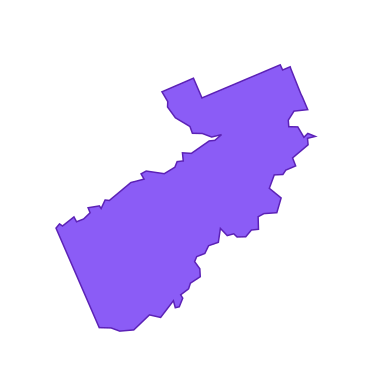 Sutter, California, United States of America (Natural Earth projection), rotated 247°
{"feature_id": "52423323B19973672472498", "entity_name": "Sutter", "entity_type": "district", "adm_level": 2, "iso_a3": "USA", "parent_name": "United States of America", "parent_adm1": "California", "projection": "natural_earth1", "projection_center": [-121.688, 39.02], "detail": "fine", "context": "isolated", "style": "filled", "palette": "violet", "viewbox_px": 384, "rotation_deg": 247, "n_neighbors": 0, "source": "geoboundaries", "source_scale": "gbopen_adm2", "svg_char_len": 1218}
<svg xmlns="http://www.w3.org/2000/svg" viewBox="0 0 384 384"><g transform="rotate(247 192 192)"><path d="M296.0,203.5L284.7,205.0L279.8,202.7L266.8,205.7L253.1,215.7L245.9,215.3L241.8,224.4L234.9,231.6L233.3,241.6L230.6,233.2L232.3,227.8L227.8,206.5L231.8,198.5L224.0,196.1L225.8,190.2L221.5,185.9L219.7,173.6L229.2,158.0L228.6,152.2L222.6,152.9L224.6,139.4L216.5,112.6L218.6,108.9L212.3,101.9L215.4,101.3L218.1,90.2L212.7,90.1L209.5,81.7L209.7,74.1L215.2,73.6L211.3,59.5L214.4,57.6L211.9,52.7L103.4,53.6L98.5,64.4L92.2,71.1L87.8,84.5L95.5,104.8L88.8,114.1L99.2,132.4L92.0,131.4L91.3,135.4L97.9,142.0L101.8,141.4L104.2,151.0L108.7,154.9L110.8,166.5L118.3,169.2L126.9,167.2L130.7,171.1L130.4,179.8L136.1,186.3L135.4,196.6L147.4,203.9L138.1,207.4L137.2,214.1L133.0,215.9L129.8,224.0L133.8,231.8L131.7,238.6L143.4,243.2L144.0,249.8L139.8,262.0L151.7,271.7L165.2,264.6L175.6,274.4L172.6,282.5L175.5,286.9L175.5,297.6L184.1,297.9L190.1,317.3L196.3,319.3L195.0,327.2L200.7,321.5L198.6,316.4L210.6,314.8L214.3,306.6L220.5,308.7L226.6,317.5L222.6,330.7L236.4,330.7L239.4,330.5L266.9,331.1L268.9,331.3L268.9,323.1L274.6,322.9L274.7,237.9L296.2,237.8L296.0,203.5Z" fill="#8b5cf6" stroke="#5b21b6" stroke-width="1.5"/></g></svg>